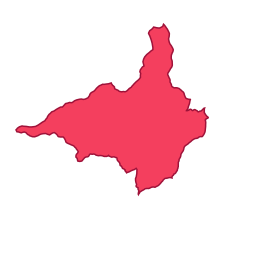 Gangzur, Lhuntshi, Bhutan (Mercator projection), rotated 323°
{"feature_id": "84629894B27978509932961", "entity_name": "Gangzur", "entity_type": "district", "adm_level": 2, "iso_a3": "BTN", "parent_name": "Bhutan", "parent_adm1": "Lhuntshi", "projection": "mercator", "projection_center": [91.081, 27.722], "detail": "fine", "context": "isolated", "style": "filled", "palette": "rose", "viewbox_px": 256, "rotation_deg": 323, "n_neighbors": 0, "source": "geoboundaries", "source_scale": "gbopen_adm2", "svg_char_len": 5806}
<svg xmlns="http://www.w3.org/2000/svg" viewBox="0 0 256 256"><g transform="rotate(323 128 128)"><path d="M218.8,66.5L217.0,67.7L215.5,67.6L213.2,67.1L211.3,65.3L209.9,63.6L209.2,62.8L208.3,63.1L206.6,63.4L203.8,63.4L201.8,64.4L201.3,64.9L200.8,67.7L199.6,71.5L198.4,74.6L196.3,78.7L195.0,80.4L192.2,80.3L190.7,80.5L187.2,80.6L184.1,81.3L181.9,82.4L179.8,84.1L178.9,86.2L178.1,88.1L176.3,87.9L172.8,89.0L171.3,90.3L171.0,92.0L169.5,93.5L168.4,95.1L165.9,95.8L162.1,96.0L158.8,96.5L158.3,96.7L157.2,96.8L156.4,97.0L155.2,97.4L152.6,97.2L151.9,97.4L150.1,97.6L149.3,97.7L147.9,97.5L147.0,96.9L146.3,96.1L144.9,95.4L144.7,95.3L143.5,94.0L143.1,93.4L142.6,91.5L142.0,90.7L141.4,89.4L141.1,89.1L141.1,88.4L141.6,87.6L141.6,87.3L141.9,87.0L141.8,86.5L141.7,85.5L141.4,84.8L141.4,84.4L141.5,83.5L141.4,82.8L141.7,81.9L139.1,81.0L137.6,80.1L135.1,78.7L134.1,77.8L132.4,77.5L130.5,77.0L128.8,77.1L126.8,77.3L124.5,77.9L122.9,78.1L120.5,77.7L119.0,77.7L117.6,78.3L116.7,79.0L115.0,79.5L114.3,79.8L112.9,79.5L111.2,79.2L109.4,78.2L108.2,76.8L106.5,75.8L104.0,74.7L101.8,74.1L98.8,74.1L97.9,73.6L96.7,72.4L94.8,71.8L92.8,70.9L91.0,71.3L88.4,71.8L86.7,70.7L84.3,70.3L81.9,70.0L79.1,69.9L76.8,69.2L74.3,69.6L73.2,69.6L70.7,70.4L69.5,71.2L67.5,71.6L66.0,72.2L63.2,71.8L58.2,71.6L55.1,71.1L51.6,69.1L50.0,67.9L47.8,65.6L45.6,63.7L44.6,62.6L42.0,61.7L39.6,61.6L38.2,62.0L37.4,62.1L37.0,64.2L38.0,65.0L38.7,66.1L39.8,67.6L40.8,67.9L42.7,68.7L43.7,70.2L43.9,72.1L43.9,72.7L44.6,73.8L44.7,74.8L46.4,77.4L48.2,78.9L51.4,79.9L53.8,80.2L55.1,80.6L56.9,81.5L59.0,82.9L59.9,84.5L61.2,86.3L63.2,86.4L64.8,86.6L66.4,87.3L66.9,88.7L67.2,90.0L67.3,91.1L67.1,92.1L67.2,93.0L68.6,94.5L69.4,95.1L70.4,95.8L70.9,96.3L71.0,97.2L70.9,98.1L70.8,99.3L70.5,100.5L70.1,101.4L70.0,102.3L70.3,103.2L71.0,104.6L71.6,105.5L72.2,106.7L73.8,109.4L74.0,110.4L74.0,111.3L74.2,112.1L74.3,113.0L74.1,113.8L74.2,114.6L74.0,117.0L72.6,117.7L70.9,118.0L69.8,118.8L68.9,119.9L69.1,121.4L69.0,122.0L68.2,123.6L68.0,124.2L68.7,125.0L69.4,125.7L70.8,126.4L71.3,126.6L75.6,125.6L77.1,125.9L78.2,126.6L79.3,126.9L80.7,126.4L81.4,126.0L82.3,126.1L83.7,127.5L84.9,128.1L85.8,129.2L86.0,130.2L86.9,131.4L87.8,132.4L89.2,133.2L90.4,134.3L91.0,135.0L91.4,135.7L92.0,136.5L92.8,137.0L93.4,137.6L94.7,138.1L95.8,138.2L96.0,138.2L95.9,139.0L96.4,139.7L97.1,141.0L97.3,141.4L99.4,142.5L99.9,143.2L100.4,144.2L101.0,144.7L101.1,145.3L100.7,146.2L100.2,146.8L100.1,148.3L100.3,149.5L100.3,150.2L100.2,151.4L99.9,151.7L99.5,152.7L99.2,153.2L99.3,153.6L99.7,154.1L99.7,154.9L99.6,155.8L99.3,157.0L100.1,158.1L100.1,158.5L100.2,159.3L100.5,159.9L99.9,160.4L99.9,160.9L100.1,161.7L99.9,162.2L99.9,163.0L100.4,163.0L102.9,163.8L104.1,163.9L106.3,164.4L108.4,165.1L110.2,165.1L110.2,166.5L107.6,169.7L105.1,172.0L103.6,172.9L102.7,174.1L102.0,175.3L101.6,176.2L101.2,177.4L101.0,178.1L100.4,178.7L99.5,179.2L99.3,180.0L99.6,180.8L100.1,181.6L99.2,182.9L99.0,183.7L99.0,184.5L97.0,186.3L96.4,187.0L96.3,187.4L96.9,187.1L97.9,186.9L98.7,186.4L99.4,186.3L100.0,186.4L101.2,186.4L102.1,186.6L102.9,186.7L103.6,186.8L104.9,186.8L105.3,186.9L106.3,187.4L107.7,188.4L108.1,188.8L109.7,189.2L111.0,189.4L112.6,190.2L113.1,190.7L113.6,191.3L114.3,191.7L115.2,191.7L116.4,192.0L117.7,192.2L118.7,192.1L120.6,191.8L122.5,191.3L123.7,191.2L124.9,190.7L127.1,190.5L127.7,190.8L128.0,191.0L129.5,191.8L130.9,192.3L131.6,192.8L132.3,193.4L132.5,193.7L133.1,194.4L133.3,194.0L133.7,193.6L134.1,193.3L134.5,193.1L134.9,193.0L135.9,193.0L136.5,192.7L136.8,192.4L137.0,192.5L138.0,192.7L139.4,192.5L140.0,192.1L141.1,191.8L142.0,191.4L142.2,191.2L142.4,190.9L143.0,190.5L143.4,190.3L143.7,190.1L144.1,189.6L144.8,189.2L147.6,185.6L148.7,185.1L149.2,184.7L149.8,183.9L150.9,183.4L152.3,182.8L153.4,182.0L154.4,180.9L155.3,180.5L156.0,180.2L158.4,179.4L159.7,178.5L161.0,177.3L161.7,177.0L163.2,176.6L164.2,176.7L166.7,176.8L167.6,176.6L168.6,176.6L170.2,176.6L171.4,176.4L172.1,176.4L173.4,176.5L175.0,176.7L176.3,177.4L177.6,178.0L179.7,178.0L180.9,178.6L181.8,179.4L182.5,179.5L183.6,179.1L184.4,178.9L185.7,178.3L187.2,177.4L188.2,176.4L190.9,173.5L191.9,172.2L193.4,170.4L193.8,169.7L194.1,169.1L194.5,168.1L195.3,168.1L195.8,167.7L196.4,167.7L197.5,168.2L198.3,168.0L198.4,167.6L198.3,166.7L198.0,166.1L198.0,163.8L198.2,162.3L198.1,162.2L198.2,161.6L200.2,159.0L200.6,158.5L201.2,158.2L200.9,158.0L200.0,157.9L199.4,158.1L196.9,158.4L196.1,158.2L195.9,158.0L195.6,157.8L195.2,157.7L194.3,157.6L193.9,157.4L193.6,157.0L193.6,156.1L193.5,155.6L193.1,155.1L192.9,154.4L192.5,153.6L192.1,153.3L191.5,153.1L191.0,153.1L190.2,153.1L189.8,152.5L189.7,151.5L189.5,151.1L189.2,150.6L188.5,150.3L187.8,150.3L187.0,150.3L186.2,150.0L185.4,149.6L185.1,149.3L185.4,149.1L186.1,149.1L186.9,148.8L187.8,148.3L189.0,147.3L191.9,145.4L193.6,143.8L194.3,143.2L194.9,142.9L195.0,142.7L193.7,141.5L193.2,140.8L192.6,140.0L192.2,139.4L192.2,139.1L192.3,138.4L192.3,137.9L192.6,136.8L192.8,136.0L193.0,135.5L193.2,134.9L193.6,134.1L193.8,132.7L193.4,131.2L193.2,129.9L193.1,129.2L192.9,128.6L192.5,127.0L192.0,126.4L191.5,125.6L190.3,124.5L189.6,124.2L188.8,123.3L188.6,122.9L188.4,122.2L188.1,121.8L188.1,120.8L188.3,120.3L188.6,119.6L188.8,119.4L189.1,117.7L189.2,116.7L189.6,116.1L190.2,115.4L190.7,114.5L190.9,113.7L191.1,112.2L191.4,111.4L191.6,110.4L191.8,109.3L192.3,108.7L192.9,108.2L196.0,107.0L197.4,106.3L198.4,106.0L199.5,105.7L200.6,105.0L201.2,104.5L201.7,103.8L202.3,102.9L203.3,101.5L203.8,100.5L204.0,99.6L204.3,98.7L204.8,97.9L206.0,96.4L206.9,95.6L207.7,95.2L208.5,94.6L209.5,94.2L210.2,93.7L211.2,92.8L211.5,91.9L211.7,91.1L212.0,89.1L212.1,88.1L212.1,87.2L212.1,86.2L212.3,85.3L212.6,84.3L213.0,83.3L213.5,82.3L213.9,81.4L214.5,80.8L215.4,80.1L216.1,79.5L217.8,77.6L218.2,76.5L218.9,72.7L218.9,71.1L219.0,69.5L219.0,67.8L218.8,66.5Z" fill="#f43f5e" stroke="#9f1239" stroke-width="1.5"/></g></svg>